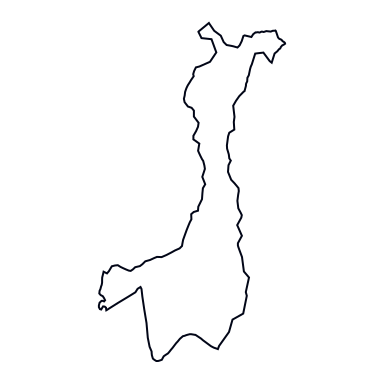 Ayedade, Osun, Nigeria (Equal Earth projection)
{"feature_id": "59680162B94327255764727", "entity_name": "Ayedade", "entity_type": "district", "adm_level": 2, "iso_a3": "NGA", "parent_name": "Nigeria", "parent_adm1": "Osun", "projection": "equal_earth", "projection_center": [4.304, 7.34], "detail": "fine", "context": "isolated", "style": "outline", "palette": "ink", "viewbox_px": 384, "rotation_deg": 0, "n_neighbors": 0, "source": "geoboundaries", "source_scale": "gbopen_adm2", "svg_char_len": 3375}
<svg xmlns="http://www.w3.org/2000/svg" viewBox="0 0 384 384"><path d="M103.6,271.7L103.1,273.9L102.2,277.5L102.1,279.7L102.1,281.8L102.1,282.5L101.7,284.9L101.1,286.4L100.4,289.1L99.6,290.8L99.3,293.5L100.7,295.1L102.8,296.2L104.1,298.2L104.5,299.1L105.1,300.2L104.1,301.4L102.9,300.9L101.5,300.9L99.6,302.7L98.9,305.4L98.9,307.2L99.9,309.1L101.2,309.5L102.4,307.5L103.1,306.4L104.7,306.6L106.0,307.7L106.3,310.3L106.5,310.2L109.9,308.0L118.0,302.9L128.1,296.8L135.4,292.3L137.6,288.8L140.5,287.0L141.5,289.0L142.1,294.3L142.3,296.2L144.3,309.7L146.5,323.0L147.8,337.8L149.6,346.8L151.6,351.5L151.7,353.6L151.9,355.2L151.9,355.3L152.9,358.6L154.1,359.6L155.3,360.4L156.3,361.0L158.0,361.0L159.5,360.6L161.8,359.8L163.7,356.3L165.5,355.0L168.0,353.4L169.2,352.0L171.0,349.7L172.7,347.7L173.9,346.1L175.2,344.4L176.2,343.1L177.7,341.5L179.9,338.8L181.4,337.5L182.9,336.2L184.6,335.8L186.1,335.2L187.8,334.7L189.8,334.2L191.1,334.2L193.0,334.5L195.2,334.9L195.3,334.9L195.5,334.9L201.1,338.6L202.9,340.2L211.0,346.2L213.7,347.6L214.5,347.9L216.6,348.6L217.9,349.1L219.1,345.9L229.0,332.0L232.5,319.6L243.2,313.6L246.8,295.8L245.8,292.1L249.0,277.5L243.9,271.5L242.0,257.0L239.7,250.8L238.4,247.2L237.9,245.5L237.9,243.2L241.9,235.8L237.2,225.1L241.3,217.6L241.8,215.1L240.7,212.8L238.3,208.3L237.4,200.8L238.2,194.5L238.8,191.1L238.5,188.1L235.8,184.8L235.3,184.3L235.0,183.8L231.2,179.8L229.5,175.6L228.0,171.9L228.5,165.2L230.8,160.6L229.3,158.4L228.8,154.4L227.1,148.7L226.9,145.4L228.1,136.3L229.3,132.7L234.3,129.6L233.8,122.0L234.5,116.9L233.2,105.7L236.0,100.8L239.3,96.1L243.7,91.6L244.5,91.2L246.0,85.6L245.9,85.0L246.2,83.4L247.2,81.4L247.4,77.8L248.8,75.3L250.1,69.0L250.8,66.6L251.8,64.4L255.2,53.6L257.4,53.3L263.4,52.6L269.7,61.1L271.7,62.7L274.6,53.5L277.3,51.3L279.0,49.2L280.2,48.5L280.8,47.1L282.1,45.5L284.0,44.5L285.1,43.7L284.9,42.9L284.7,42.6L283.8,41.9L283.6,41.7L283.2,41.6L282.7,41.2L282.4,41.0L281.9,40.2L281.4,39.8L281.0,39.6L280.7,39.3L279.6,39.0L278.9,38.5L278.0,37.4L277.3,35.3L276.5,32.9L275.8,30.9L275.4,30.5L274.8,30.7L272.7,30.8L271.2,31.4L270.8,31.6L266.3,31.1L264.3,31.8L263.6,32.0L261.9,31.6L260.9,31.9L260.2,32.3L259.7,32.5L259.2,32.5L257.9,32.2L256.9,32.3L256.0,32.5L255.5,32.4L253.2,34.2L251.4,37.0L244.6,35.4L243.4,36.0L241.7,41.2L239.6,45.4L237.5,47.5L233.3,46.3L231.5,45.9L226.6,45.0L223.7,42.1L220.8,35.7L214.2,30.8L209.2,23.5L208.9,23.0L198.7,31.4L198.4,31.8L201.5,38.1L211.5,39.2L216.3,52.4L210.0,61.8L199.4,66.5L195.9,67.4L194.1,71.1L193.2,74.2L193.7,76.2L190.9,80.3L190.1,81.7L187.8,85.3L187.3,86.3L186.5,88.0L186.0,89.3L185.1,92.0L184.7,95.4L183.9,98.8L184.6,102.2L187.9,106.5L191.6,107.8L193.9,110.6L193.9,116.6L198.6,122.8L198.0,126.8L196.1,131.1L193.4,135.8L193.4,139.4L199.3,143.6L198.1,150.8L199.0,152.9L200.4,155.9L202.1,159.3L203.2,160.9L204.4,165.6L204.9,168.9L202.3,176.9L205.2,184.3L202.9,188.2L202.4,193.4L202.0,199.2L198.3,206.7L198.0,210.7L193.7,212.0L191.2,214.2L191.4,219.3L189.9,222.1L189.8,222.3L188.3,225.9L186.7,229.9L184.6,235.7L183.1,239.9L182.4,243.6L182.0,246.0L179.6,248.4L175.1,250.4L171.5,252.4L166.5,255.0L161.6,257.1L157.0,256.9L154.3,258.0L150.0,260.0L145.3,261.3L142.4,264.2L139.9,266.1L135.2,267.2L132.9,269.4L130.7,270.9L128.8,270.6L126.1,269.5L123.2,268.2L120.5,266.9L117.8,265.2L114.9,265.5L111.8,266.3L108.9,271.2L107.0,273.4L103.6,271.7Z" fill="none" stroke="#020617" stroke-width="2"/></svg>